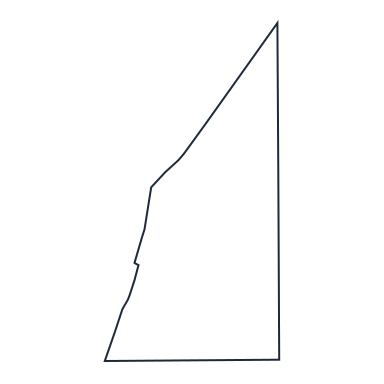 the district of Toujounine, Nouakchott, Mauritania
{"feature_id": "47542326B78041808774540", "entity_name": "Toujounine", "entity_type": "district", "adm_level": 2, "iso_a3": "MRT", "parent_name": "Mauritania", "parent_adm1": "Nouakchott", "projection": "albers", "projection_center": [-15.928, 18.086], "detail": "fine", "context": "isolated", "style": "outline", "palette": "slate", "viewbox_px": 384, "rotation_deg": 0, "n_neighbors": 0, "source": "geoboundaries", "source_scale": "gbopen_adm2", "svg_char_len": 378}
<svg xmlns="http://www.w3.org/2000/svg" viewBox="0 0 384 384"><path d="M104.8,361.0L279.2,359.7L278.3,173.1L277.4,23.0L206.7,122.3L189.4,146.2L183.7,154.0L178.5,160.1L165.2,172.2L151.2,187.3L144.5,229.4L142.2,236.6L134.5,262.9L135.6,263.6L138.5,265.1L134.5,280.2L129.9,294.4L127.9,299.6L122.4,309.2L114.9,331.9L104.8,361.0Z" fill="none" stroke="#1e293b" stroke-width="2"/></svg>